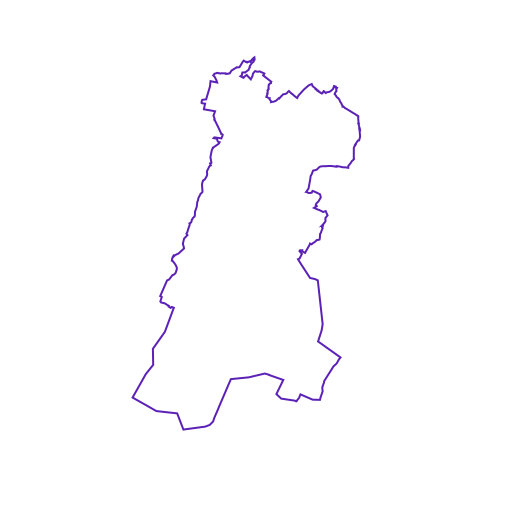 Barneveld, Gelderland, Netherlands, rotated 120°
{"feature_id": "6326949B49000859839667", "entity_name": "Barneveld", "entity_type": "district", "adm_level": 2, "iso_a3": "NLD", "parent_name": "Netherlands", "parent_adm1": "Gelderland", "projection": "mercator", "projection_center": [5.571, 52.171], "detail": "fine", "context": "isolated", "style": "outline", "palette": "violet", "viewbox_px": 512, "rotation_deg": 120, "n_neighbors": 0, "source": "geoboundaries", "source_scale": "gbopen_adm2", "svg_char_len": 5928}
<svg xmlns="http://www.w3.org/2000/svg" viewBox="0 0 512 512"><g transform="rotate(120 256 256)"><path d="M348.6,128.7L345.7,129.5L339.9,130.6L337.9,132.1L336.4,133.0L331.8,133.8L330.4,134.4L312.7,133.7L309.5,132.6L308.2,132.4L304.2,132.5L301.6,132.1L299.0,159.5L287.5,162.0L281.7,164.2L246.2,190.3L246.5,193.5L248.0,198.2L240.8,212.4L237.8,218.0L236.3,217.0L231.2,217.3L230.0,220.8L229.2,220.8L229.1,220.5L228.7,220.2L228.2,219.1L227.9,218.8L228.8,218.2L228.8,215.1L218.8,215.2L218.2,215.4L218.1,213.7L215.6,212.8L215.0,212.3L212.0,211.3L211.9,211.4L211.7,211.3L211.3,210.5L210.0,209.2L208.7,209.6L204.7,211.6L204.1,211.4L203.3,211.4L201.8,211.8L198.5,212.2L198.3,213.0L198.1,213.2L196.4,213.1L196.3,213.7L196.7,214.1L194.7,213.6L193.9,213.6L193.8,213.4L191.1,213.2L189.9,213.9L189.8,214.2L188.1,214.9L185.1,214.3L182.3,218.1L184.3,219.9L184.5,223.9L184.8,225.3L185.3,229.8L182.4,228.3L182.0,229.8L180.3,230.0L177.3,229.2L172.8,229.2L170.6,231.3L170.7,234.4L171.0,237.0L171.0,237.7L171.4,239.6L173.3,239.4L174.6,241.0L175.2,242.4L175.3,243.4L175.1,244.0L175.4,244.6L171.4,244.2L162.7,247.3L159.6,248.6L156.9,248.7L153.5,249.3L151.7,247.3L150.9,246.6L147.6,245.7L146.9,245.4L146.2,244.8L145.2,243.6L144.0,241.6L143.9,241.3L143.2,240.3L141.1,237.1L139.9,234.7L139.3,233.0L138.4,230.9L137.9,231.2L137.5,230.5L137.5,230.4L136.4,227.4L135.8,225.3L135.4,224.5L134.5,222.8L133.5,220.2L131.8,221.1L128.1,220.5L125.8,220.4L124.2,219.8L123.0,219.6L122.9,220.0L121.7,220.6L113.9,225.1L113.0,225.5L110.0,225.4L110.1,225.8L105.1,225.5L104.3,224.5L100.6,225.5L95.6,229.0L95.2,228.6L94.4,229.3L94.6,229.7L94.6,229.9L93.8,230.5L93.5,230.1L91.4,232.3L89.8,233.5L89.7,233.3L89.5,233.5L89.7,233.8L89.2,233.9L85.6,236.4L84.1,237.1L83.8,237.3L83.8,237.9L83.7,237.9L83.3,251.6L83.4,252.8L82.8,255.2L83.4,255.7L82.7,256.2L81.6,258.0L81.1,258.3L80.8,259.3L80.3,260.2L78.6,262.5L78.5,263.1L78.1,263.9L78.2,264.7L77.9,265.7L76.5,268.2L76.5,268.8L75.2,269.1L72.8,268.8L72.5,269.3L71.6,269.8L70.0,269.9L70.3,270.5L70.4,270.8L70.4,271.1L70.4,271.3L69.4,271.6L69.8,273.4L72.8,272.8L75.4,273.6L76.2,273.9L77.6,275.0L78.8,276.5L80.0,277.1L79.3,279.6L79.3,279.8L80.2,279.9L81.7,279.8L82.4,280.2L82.2,281.8L82.4,281.9L82.2,284.8L82.2,285.1L81.7,285.0L81.8,286.2L81.8,287.5L81.3,287.4L80.6,291.9L79.2,293.7L81.4,295.4L83.0,296.1L88.1,297.8L95.5,299.4L96.6,299.5L98.6,299.3L98.4,301.4L98.0,303.7L97.5,305.7L97.5,306.2L97.6,306.3L97.5,306.9L96.7,310.0L98.1,310.5L99.7,310.7L101.0,311.6L102.5,313.4L104.2,313.7L104.5,313.9L105.8,314.2L108.0,314.6L107.9,315.2L111.0,316.1L112.5,317.0L113.4,317.8L115.2,319.9L114.6,320.1L113.3,322.9L112.7,323.1L112.9,323.3L112.9,323.8L112.8,326.0L113.1,326.5L112.8,326.7L112.5,326.8L112.1,326.7L110.7,327.0L109.8,327.0L109.5,327.3L109.4,327.6L109.1,327.5L108.1,328.1L108.1,328.4L107.9,328.0L107.7,328.1L107.1,328.7L106.6,328.6L106.4,328.8L105.7,328.5L105.2,328.5L105.1,328.8L104.7,328.8L104.2,329.3L103.6,329.4L102.7,330.0L102.0,330.3L101.4,330.3L101.2,330.6L99.4,330.0L98.8,330.0L98.6,329.9L98.8,329.6L98.7,329.5L97.9,330.1L97.4,330.0L96.1,339.8L95.8,339.7L95.7,340.1L93.8,340.0L93.8,340.8L94.3,344.3L94.2,344.4L94.2,344.8L94.8,345.8L95.4,346.4L96.0,347.5L96.0,348.1L96.2,348.5L96.3,349.2L97.4,349.5L99.7,349.8L101.5,349.1L105.6,348.8L104.8,351.7L104.7,351.7L104.3,353.4L103.8,354.5L106.2,355.6L107.5,355.8L107.5,356.2L108.0,356.2L108.1,359.3L106.5,358.6L104.0,359.6L102.4,357.4L102.5,357.2L98.5,355.5L96.4,355.8L95.8,355.6L94.9,356.3L91.5,356.1L89.9,355.8L89.5,355.4L86.6,355.4L84.8,356.7L85.8,357.2L87.3,357.4L87.6,357.6L87.8,357.3L89.7,358.2L90.0,358.0L90.3,358.3L90.7,358.2L90.7,359.0L92.0,359.9L92.0,360.1L92.4,360.9L92.7,360.7L92.8,361.1L93.0,361.3L92.9,364.3L94.4,364.6L100.7,364.7L101.3,365.4L101.9,366.2L102.0,366.9L107.6,369.9L111.1,370.1L111.4,370.8L112.1,371.3L113.3,373.0L113.4,373.3L113.0,373.6L115.1,377.4L115.9,378.2L116.2,379.6L116.5,379.9L116.7,381.1L118.4,382.5L118.9,383.1L121.0,383.3L121.5,381.4L123.7,378.0L125.2,376.4L127.3,382.8L132.3,380.6L145.3,377.5L147.5,380.5L148.1,380.7L150.6,379.8L150.7,379.1L149.5,376.3L155.0,374.5L151.1,363.8L155.7,363.0L157.9,360.4L158.7,360.4L159.0,360.0L158.9,359.9L158.9,359.7L164.5,351.4L167.0,347.9L167.4,347.0L167.5,347.0L167.4,346.7L167.7,345.4L169.0,345.1L171.5,344.8L172.2,346.8L174.1,351.4L175.1,351.6L174.4,349.7L174.2,349.1L174.2,348.6L174.4,348.0L175.6,346.8L175.9,346.2L176.0,345.4L175.7,344.4L176.9,344.4L177.9,344.6L182.4,346.8L183.7,347.2L183.8,347.5L184.0,347.5L184.1,347.3L186.4,347.2L192.0,345.3L193.3,344.8L197.6,341.2L198.0,341.4L198.8,342.1L200.1,340.4L200.8,341.0L201.5,341.2L206.8,340.9L207.7,340.5L209.7,339.1L210.6,338.8L211.7,338.6L215.0,338.6L215.8,338.9L217.1,339.6L217.4,339.6L218.0,339.3L219.3,339.2L221.1,338.5L224.3,336.4L226.5,334.8L227.1,334.5L227.8,334.4L229.9,335.1L234.9,334.8L236.3,334.2L238.7,333.8L243.1,331.9L248.1,331.0L251.7,329.1L252.7,329.0L254.8,329.7L255.5,329.5L256.8,329.7L257.7,329.3L259.3,329.0L260.4,329.4L260.7,329.9L261.0,330.0L261.6,329.3L262.6,328.9L265.5,328.4L269.9,327.4L271.5,327.4L272.2,325.8L276.8,327.0L281.9,325.5L284.8,322.6L285.5,322.1L292.5,324.3L295.8,326.6L296.9,326.8L296.8,327.6L298.0,327.6L298.3,327.6L298.3,327.4L300.3,327.3L301.9,326.6L301.7,326.4L302.9,323.3L304.0,321.0L305.7,318.7L307.3,317.9L310.1,317.3L311.3,317.2L313.2,317.8L314.3,318.8L319.8,319.5L321.6,320.8L338.6,318.9L338.5,317.3L338.6,317.1L343.2,316.1L343.7,315.1L342.9,312.1L342.7,311.9L342.6,310.6L342.8,308.6L342.7,306.6L343.5,306.4L343.6,303.9L343.1,303.9L342.3,303.6L341.9,301.3L367.2,297.0L387.9,298.9L401.7,290.6L413.4,292.4L440.3,292.1L440.1,264.7L431.7,245.6L442.6,232.1L429.1,214.6L425.4,211.6L420.8,210.4L416.9,211.2L407.4,212.3L407.4,213.0L407.1,212.4L375.2,216.2L364.7,201.6L353.4,189.6L352.3,185.3L352.3,185.2L352.5,185.1L349.7,170.4L365.4,169.3L366.9,162.8L361.9,150.2L361.8,148.5L361.6,148.3L359.8,148.2L357.1,147.7L356.0,148.0L353.6,148.3L352.1,135.1L348.6,128.7Z" fill="none" stroke="#5b21b6" stroke-width="2"/></g></svg>